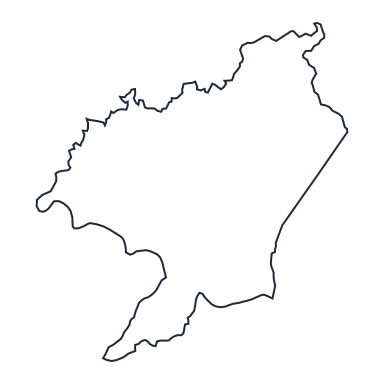 União da Vitória, Paraná, Brazil
{"feature_id": "56859067B10931018251693", "entity_name": "União da Vitória", "entity_type": "district", "adm_level": 2, "iso_a3": "BRA", "parent_name": "Brazil", "parent_adm1": "Paraná", "projection": "robinson", "projection_center": [-51.106, -26.121], "detail": "fine", "context": "isolated", "style": "outline", "palette": "slate", "viewbox_px": 384, "rotation_deg": 0, "n_neighbors": 0, "source": "geoboundaries", "source_scale": "gbopen_adm2", "svg_char_len": 3511}
<svg xmlns="http://www.w3.org/2000/svg" viewBox="0 0 384 384"><path d="M39.3,210.9L42.8,211.8L46.0,210.6L48.7,208.4L54.0,201.3L58.7,201.1L63.6,203.4L67.8,207.0L70.4,210.6L72.3,217.1L72.7,226.4L74.3,228.4L78.5,228.3L84.0,226.1L87.4,224.1L90.1,223.1L96.8,224.3L103.6,226.4L110.4,230.0L120.3,236.3L122.3,238.0L123.9,240.5L125.5,246.2L126.0,252.4L130.1,254.7L132.9,253.8L136.5,251.3L146.0,250.2L149.5,250.9L157.2,254.3L160.2,257.4L162.5,262.9L163.5,267.5L166.0,277.4L161.7,280.3L159.4,284.3L157.6,287.8L155.6,291.1L152.3,294.3L148.3,297.2L144.7,298.3L141.5,300.4L139.0,302.8L137.5,306.9L135.9,310.6L134.7,314.5L134.1,317.2L131.6,319.0L130.1,321.4L129.5,324.8L127.1,328.5L124.0,332.4L122.6,336.1L120.7,339.0L113.8,344.4L108.6,347.3L105.2,354.7L103.1,358.2L105.6,359.5L108.3,360.3L111.5,361.0L115.3,360.4L118.9,359.2L123.1,357.4L125.5,355.9L128.2,353.7L132.0,352.2L135.3,351.0L135.1,348.1L135.1,345.0L138.5,344.0L141.0,341.6L143.2,340.5L145.4,340.0L147.8,341.6L149.8,344.0L152.7,345.6L155.6,346.1L157.1,341.3L161.3,340.5L165.4,340.7L168.9,340.3L171.4,338.1L174.5,336.2L177.5,335.2L181.3,335.2L183.4,333.2L184.0,330.5L184.5,327.3L185.2,324.3L188.4,323.9L188.4,320.6L187.7,317.8L190.4,315.9L192.1,313.5L194.0,311.1L194.8,307.8L195.4,303.8L195.9,300.0L197.2,296.2L199.5,292.8L202.6,293.9L204.6,297.1L207.3,300.0L209.6,302.3L211.8,304.3L215.1,306.1L218.1,306.9L220.8,307.2L223.3,306.9L225.6,306.5L228.9,305.2L233.0,303.8L237.0,303.2L240.2,302.5L243.4,301.6L246.4,300.9L249.8,300.0L253.1,298.8L255.6,297.6L258.8,296.2L261.5,295.0L263.9,294.7L267.4,296.0L272.5,298.5L275.2,285.8L273.9,279.8L273.6,276.1L273.7,272.7L271.3,266.2L270.8,263.3L271.7,253.4L274.8,252.2L275.0,249.6L276.0,246.2L275.7,243.0L282.3,225.3L311.1,184.3L317.9,174.6L347.4,132.0L347.0,129.0L344.8,127.1L342.0,116.8L338.7,113.8L332.8,110.9L329.3,107.1L325.7,105.4L320.9,104.4L319.8,100.3L318.0,94.7L314.3,91.7L313.0,86.1L311.7,82.7L312.7,79.6L316.2,73.6L314.0,67.9L309.1,64.8L307.2,59.8L303.5,57.6L302.9,55.0L305.7,51.0L311.2,50.8L314.0,46.1L318.6,43.8L320.6,40.3L324.0,38.0L324.3,34.6L323.1,32.3L320.6,24.5L317.4,23.0L314.3,23.6L316.8,27.6L317.1,31.0L313.2,33.9L311.2,35.8L305.7,33.7L302.4,35.5L299.1,37.0L293.5,31.1L291.0,31.3L276.2,40.9L271.6,38.9L269.5,36.5L264.8,36.1L254.0,42.4L251.0,43.0L247.4,42.9L242.1,45.5L240.1,49.9L241.8,55.0L243.1,58.5L242.1,61.8L239.9,63.2L239.9,66.7L236.3,71.4L233.9,74.1L233.3,76.8L231.9,80.3L227.2,80.7L224.5,80.8L226.2,83.4L224.1,86.8L221.0,89.3L217.6,86.8L215.2,84.8L212.3,83.7L210.8,86.9L209.2,89.8L207.8,92.6L205.2,91.8L204.6,88.9L200.6,90.4L197.0,89.3L197.0,86.3L195.2,81.6L192.6,82.7L183.7,83.9L182.1,89.9L182.5,92.8L177.3,98.0L175.0,98.4L171.7,98.1L171.5,101.7L169.0,102.4L167.7,105.4L166.0,108.5L162.5,108.9L161.2,111.8L157.4,110.8L154.7,108.6L151.7,108.3L147.8,108.5L144.9,107.3L143.0,100.6L139.1,100.0L138.4,104.8L136.1,102.9L133.8,98.5L135.2,94.2L135.0,89.0L131.6,89.6L130.0,92.5L126.6,94.9L124.8,97.3L120.1,96.8L121.8,99.7L125.3,102.8L127.7,101.7L127.7,105.7L126.3,109.7L121.4,109.2L117.5,110.1L113.5,113.0L111.2,111.4L110.1,115.2L108.8,118.1L106.1,119.2L106.3,121.9L104.9,125.4L103.6,122.6L97.7,121.1L88.9,119.8L86.7,118.9L88.0,123.1L88.0,128.3L87.1,130.9L82.8,130.7L84.4,134.8L83.1,140.0L81.6,142.2L80.5,145.6L75.6,142.9L73.3,144.9L74.4,148.9L71.9,149.3L69.0,150.7L71.2,157.3L68.4,161.4L68.5,164.6L70.4,167.7L68.6,170.0L65.7,170.5L62.7,170.9L58.5,171.7L55.5,173.7L56.3,177.1L56.2,181.2L50.7,191.3L46.4,193.1L42.2,195.0L37.0,199.9L36.6,206.2L39.3,210.9Z" fill="none" stroke="#1e293b" stroke-width="2"/></svg>